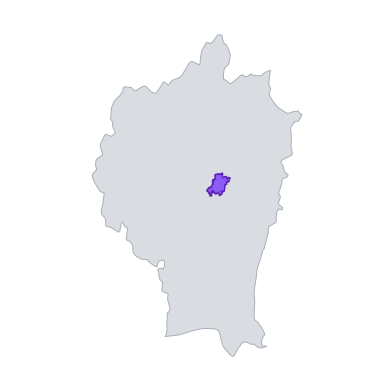 Staryya Darohi, Minsk, Belarus shown in context, rotated 276°
{"feature_id": "67162791B98065545782790", "entity_name": "Staryya Darohi", "entity_type": "district", "adm_level": 2, "iso_a3": "BLR", "parent_name": "Belarus", "parent_adm1": "Minsk", "projection": "equal_earth", "projection_center": [28.161, 53.049], "detail": "fine", "context": "in_parent", "style": "filled", "palette": "violet", "viewbox_px": 384, "rotation_deg": 276, "n_neighbors": 0, "source": "geoboundaries", "source_scale": "gbopen_adm2", "svg_char_len": 7129}
<svg xmlns="http://www.w3.org/2000/svg" viewBox="0 0 384 384"><g transform="rotate(276 192 192)"><path d="M321.1,257.3L314.7,257.0L307.1,257.1L302.8,259.5L298.2,258.3L294.9,259.6L287.4,266.0L284.5,269.5L281.8,274.8L280.1,278.8L281.1,281.5L282.5,284.1L282.9,286.9L283.6,289.1L281.8,290.6L280.7,292.9L277.5,292.5L273.5,290.3L272.7,287.2L269.6,285.0L267.6,283.8L264.3,283.6L259.1,284.7L252.3,285.5L247.1,285.7L244.3,286.8L240.1,287.9L238.5,286.6L236.2,283.0L234.2,279.4L232.9,277.9L231.8,277.4L230.4,277.5L228.8,278.7L227.6,279.8L223.3,281.2L221.4,282.4L219.3,285.7L217.9,285.5L216.5,284.7L214.8,281.1L212.6,280.2L208.9,280.2L204.5,279.4L200.8,278.3L199.5,278.5L197.3,280.1L195.0,280.3L189.8,278.9L188.8,279.6L185.9,283.6L184.5,283.8L183.7,283.3L184.1,279.8L181.2,278.5L176.1,278.3L172.6,278.9L170.9,278.7L170.0,278.0L165.7,272.1L163.4,271.8L159.3,272.0L153.3,271.3L146.3,270.0L142.5,269.5L140.5,268.2L136.2,267.8L124.8,265.3L120.1,264.8L113.2,264.8L102.6,264.2L95.9,264.5L92.7,265.4L89.1,265.9L76.6,266.6L72.1,267.2L70.8,268.5L69.2,271.2L63.9,275.9L58.8,279.0L57.9,279.2L55.0,277.6L52.6,277.0L49.7,276.8L47.7,277.4L46.4,278.2L46.4,281.8L46.2,282.1L44.1,277.8L44.4,273.9L45.7,271.7L47.2,269.7L46.7,266.7L48.3,262.7L48.4,259.9L47.8,258.7L46.7,257.2L43.5,255.7L42.1,254.4L37.7,252.8L33.4,250.7L32.7,249.5L33.0,248.6L33.8,247.3L37.2,243.5L40.9,239.8L43.3,238.3L55.7,233.6L57.6,231.9L58.2,229.1L58.1,223.5L57.5,218.3L56.7,214.8L54.6,208.2L48.7,194.6L45.4,180.5L47.8,181.3L53.6,181.6L58.2,180.6L60.6,180.5L62.7,180.8L68.7,180.0L70.2,181.3L72.9,182.4L78.2,180.8L83.0,178.8L87.8,179.0L88.6,178.1L89.9,173.1L91.4,172.0L97.2,172.5L99.4,171.6L101.7,169.2L105.1,167.7L108.0,167.7L111.0,166.0L112.5,167.1L113.1,169.2L112.1,170.8L112.5,171.4L114.6,172.2L118.1,172.2L120.4,171.5L121.0,170.6L121.0,168.9L120.5,167.3L119.0,166.0L116.2,165.3L114.2,165.2L113.9,164.4L114.6,162.5L116.4,159.1L118.6,156.0L119.9,154.9L120.1,153.8L119.9,151.9L119.9,148.6L121.9,143.9L124.6,140.4L128.0,139.3L132.3,138.7L135.0,137.0L136.3,135.1L137.5,132.1L138.9,131.5L149.0,131.9L150.6,128.9L151.5,128.0L153.4,127.1L154.8,126.1L154.3,125.3L151.7,124.7L145.6,124.3L144.4,123.3L144.8,122.1L146.5,119.0L148.1,115.1L148.9,112.0L149.0,110.2L149.9,109.7L154.8,109.1L156.5,108.5L160.8,104.4L164.0,103.7L172.3,104.7L176.2,104.6L181.0,104.9L181.5,104.5L183.2,100.4L191.5,93.9L195.9,91.6L198.6,91.1L199.6,91.2L204.0,94.7L205.1,94.8L208.0,93.3L213.1,93.2L215.5,94.4L218.9,98.7L220.6,99.2L225.6,96.8L228.3,96.0L230.1,96.0L239.5,99.3L240.2,100.4L240.2,101.6L238.8,105.5L240.8,107.9L243.1,109.5L247.8,106.8L249.6,106.1L251.5,106.1L254.1,105.1L256.0,103.6L257.8,103.1L261.2,103.4L267.4,103.1L274.7,105.4L275.3,106.1L279.0,108.9L280.3,110.2L281.5,110.7L283.5,112.0L286.1,112.9L287.9,112.6L288.7,113.1L289.5,114.1L289.6,115.9L289.5,121.1L286.9,123.8L286.6,124.7L286.8,125.8L288.9,128.1L291.6,131.6L292.3,133.6L292.3,135.1L288.7,139.5L287.6,140.6L286.8,142.8L286.4,145.0L286.6,145.9L292.8,149.5L297.3,151.4L298.4,152.4L298.5,153.0L296.2,156.8L296.0,157.8L299.6,159.4L301.7,161.9L303.5,166.0L307.1,169.9L320.0,175.7L321.2,176.7L321.6,178.0L321.3,180.7L319.0,185.8L321.3,186.6L326.9,186.4L333.8,187.0L342.2,190.7L342.3,192.3L341.5,193.8L342.1,195.4L343.1,196.7L350.4,200.8L351.1,202.0L351.3,204.0L351.1,205.5L349.2,205.8L347.0,206.5L343.4,208.2L342.0,210.7L336.3,214.1L332.7,215.7L329.8,215.8L323.0,215.1L320.5,213.4L319.5,211.8L316.8,211.1L313.3,211.0L308.5,211.3L307.5,211.8L306.8,213.7L304.8,217.0L303.3,218.8L309.6,225.3L312.8,227.9L313.8,229.6L313.8,230.7L312.4,232.1L312.6,234.9L315.7,238.5L314.7,239.1L314.5,243.6L314.7,248.4L315.5,249.5L317.2,250.5L318.6,252.3L320.9,256.3L321.1,257.3Z" fill="#d9dde1" stroke="#a8b0b8" stroke-width="1"/><path d="M212.7,215.3L212.7,215.2L212.4,214.9L212.2,214.7L211.9,214.2L211.9,213.6L211.7,213.2L211.1,213.1L210.4,213.1L209.9,213.3L209.6,213.5L208.9,213.6L208.3,213.4L208.1,213.2L207.8,213.2L207.2,213.4L206.9,213.4L206.5,213.1L206.6,212.8L206.7,212.5L206.7,212.3L206.6,211.8L206.3,211.5L205.8,211.4L205.3,211.2L205.0,211.2L205.0,211.6L205.0,211.9L204.6,212.1L204.0,212.1L203.8,211.8L203.6,211.5L203.3,211.5L203.0,211.8L202.8,211.9L202.3,211.8L202.0,211.5L201.6,211.8L201.3,211.8L201.0,211.5L201.0,211.3L200.9,211.1L200.3,210.9L200.0,210.9L199.3,210.6L198.7,210.5L198.4,210.2L198.8,209.9L198.7,209.6L198.3,209.6L198.1,209.2L197.9,208.9L197.8,208.5L198.1,208.4L197.9,208.2L197.5,208.0L197.1,207.7L196.8,207.6L196.4,207.3L196.1,207.1L195.8,206.9L195.5,206.7L195.3,206.7L195.0,206.7L194.8,206.7L194.5,206.8L194.5,207.0L194.5,207.3L194.4,207.4L194.2,207.5L194.1,207.8L194.2,208.0L194.0,208.3L193.7,208.3L193.3,208.4L193.3,208.6L193.3,208.9L193.2,209.2L193.1,209.3L192.9,209.3L192.6,209.1L192.1,209.1L192.0,209.3L192.0,209.5L192.4,209.8L192.7,209.9L192.8,210.0L192.7,210.1L192.3,210.2L191.7,210.2L190.3,210.2L190.1,210.3L190.1,210.5L190.2,211.7L190.5,211.8L191.6,211.8L192.8,211.9L193.6,211.9L194.3,211.8L194.8,211.8L195.1,211.8L195.4,211.9L195.5,212.1L195.4,212.2L195.1,212.3L194.8,212.3L194.6,212.4L194.6,212.5L194.8,212.6L195.0,212.7L195.2,212.8L195.3,213.0L195.1,213.3L194.9,213.3L194.6,213.3L194.5,213.2L194.2,213.1L193.8,213.2L193.7,213.4L193.6,213.6L193.7,213.9L193.9,214.0L194.0,214.2L194.0,214.4L193.9,214.5L193.7,214.7L193.5,214.8L193.2,214.9L193.0,215.1L192.8,215.2L192.6,215.4L192.5,215.6L192.6,215.9L192.8,216.0L192.9,216.6L192.9,216.9L193.0,217.0L193.3,217.2L193.5,217.2L193.7,217.3L193.8,217.6L194.0,217.7L194.2,217.8L194.1,218.1L194.0,218.3L193.8,218.5L193.6,218.7L193.5,218.9L193.3,219.0L193.0,219.1L192.7,219.2L192.4,219.2L192.1,219.3L191.9,219.4L191.7,219.6L191.5,219.8L191.4,220.0L191.6,220.3L191.9,220.4L192.1,220.5L192.3,220.5L192.4,221.0L192.5,221.3L192.8,221.5L193.0,221.7L193.1,221.9L193.2,222.0L193.7,222.0L194.1,221.9L194.4,221.8L194.8,221.7L195.0,221.5L195.1,221.4L195.2,221.2L195.4,221.1L195.6,221.0L195.8,221.1L195.8,221.3L195.6,221.6L195.7,221.9L195.8,222.1L195.7,222.4L195.7,222.6L195.5,222.8L195.5,223.1L195.6,223.3L195.8,223.6L196.0,223.8L196.5,223.9L196.9,223.9L197.4,224.0L197.9,224.0L198.4,224.1L198.9,224.2L199.5,224.2L199.9,224.2L200.2,224.1L200.5,224.1L201.0,223.9L201.4,223.9L201.5,224.0L201.8,224.3L202.1,224.3L202.3,224.3L202.6,224.2L202.9,224.2L203.0,224.6L203.1,225.0L203.2,225.4L203.3,225.6L203.5,225.7L203.8,225.7L204.1,225.6L204.3,225.5L204.7,225.3L205.1,225.3L205.3,225.3L205.5,225.2L205.8,225.3L206.0,225.5L206.1,226.1L205.9,226.5L205.8,226.8L205.8,227.2L205.8,227.3L206.0,227.5L206.4,227.6L206.7,227.7L207.2,227.8L207.6,227.8L207.9,227.9L208.4,228.0L208.6,228.0L209.1,228.2L209.9,228.3L210.0,228.3L210.1,228.2L210.2,227.3L210.2,226.5L209.6,226.3L208.7,225.8L208.7,225.6L209.3,225.3L209.8,225.1L210.3,224.7L210.8,224.5L210.9,224.1L210.8,223.4L210.7,223.0L210.3,222.7L210.2,222.4L210.0,222.0L209.6,221.6L209.8,221.4L210.0,221.0L210.3,220.9L210.7,220.5L211.2,220.3L211.7,220.2L212.1,220.3L212.4,220.7L212.7,220.7L213.0,220.7L213.4,220.4L213.6,220.1L213.9,219.9L213.6,219.5L213.2,219.4L213.1,219.0L213.1,218.7L212.7,218.5L212.4,218.0L212.4,217.6L212.6,217.3L212.8,217.0L212.8,216.7L212.7,216.3L212.3,216.1L212.4,215.8L212.6,215.4L212.7,215.3Z" fill="#8b5cf6" stroke="#5b21b6" stroke-width="1.5"/></g></svg>